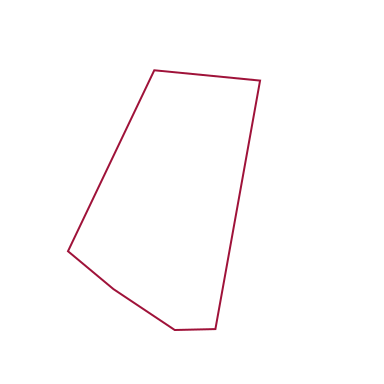 map outline of Vacoas-Phoenix (Robinson projection), rotated 313°
{"feature_id": "MUS-5196", "entity_name": "Vacoas-Phoenix", "entity_type": "City", "adm_level": 1, "iso_a3": "MUS", "parent_name": "Mauritius", "parent_adm1": "", "projection": "robinson", "projection_center": [57.481, -20.303], "detail": "fine", "context": "isolated", "style": "outline", "palette": "rose", "viewbox_px": 384, "rotation_deg": 313, "n_neighbors": 0, "source": "natural_earth", "source_scale": "10m", "svg_char_len": 258}
<svg xmlns="http://www.w3.org/2000/svg" viewBox="0 0 384 384"><g transform="rotate(313 192 192)"><path d="M107.7,302.6L79.3,273.5L67.4,200.7L64.1,141.7L255.3,81.4L319.9,165.8L152.1,274.0L107.7,302.6Z" fill="none" stroke="#9f1239" stroke-width="2"/></g></svg>